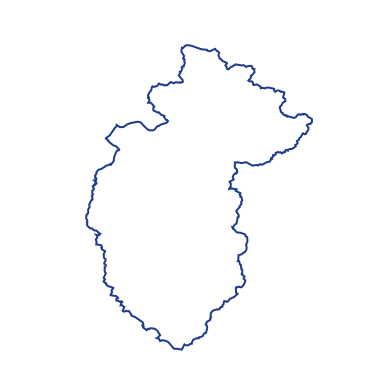 Pyay, Bago, Myanmar, rotated 130°
{"feature_id": "60261553B730883612766", "entity_name": "Pyay", "entity_type": "district", "adm_level": 2, "iso_a3": "MMR", "parent_name": "Myanmar", "parent_adm1": "Bago", "projection": "mercator", "projection_center": [95.274, 18.774], "detail": "fine", "context": "isolated", "style": "outline", "palette": "blue", "viewbox_px": 384, "rotation_deg": 130, "n_neighbors": 0, "source": "geoboundaries", "source_scale": "gbopen_adm2", "svg_char_len": 5988}
<svg xmlns="http://www.w3.org/2000/svg" viewBox="0 0 384 384"><g transform="rotate(130 192 192)"><path d="M189.1,292.8L190.2,292.1L192.6,292.3L201.5,291.4L206.2,292.6L206.5,293.2L206.3,290.3L206.3,289.2L206.9,288.9L206.9,282.5L205.8,279.7L206.2,275.1L207.3,274.9L208.4,276.0L210.6,275.7L216.1,273.7L218.4,271.9L223.2,271.6L223.2,272.8L224.7,272.9L226.5,274.4L232.5,276.2L235.4,278.1L238.5,277.8L239.1,277.1L241.9,276.7L243.3,275.4L242.8,275.1L243.1,274.0L244.4,273.1L245.8,274.2L245.7,273.5L246.5,272.9L246.1,271.4L246.6,271.1L248.1,271.4L247.8,270.8L249.1,270.9L251.4,271.8L252.6,269.1L255.2,269.2L257.3,267.3L257.4,266.3L259.6,266.1L260.1,264.7L261.8,264.0L261.9,263.5L263.3,263.8L267.6,262.7L269.5,260.7L272.2,260.3L274.3,258.4L276.0,257.8L277.1,258.2L279.9,256.5L281.5,253.4L282.7,253.1L283.2,252.1L284.5,251.4L285.2,250.2L285.2,246.4L284.2,245.4L284.4,242.8L283.0,240.1L283.3,237.0L282.9,235.5L284.9,235.5L286.4,237.8L286.5,236.6L287.8,235.3L290.1,235.2L292.0,232.6L293.7,231.7L291.4,227.9L291.2,226.8L292.0,225.9L293.0,225.7L292.9,224.9L293.8,224.1L293.2,220.5L296.6,219.6L299.1,216.9L299.0,215.0L300.1,214.1L302.8,213.6L303.4,213.0L303.2,211.5L304.0,210.5L305.8,210.7L306.6,209.5L307.6,209.2L309.2,207.4L309.6,205.8L314.7,204.4L314.8,202.6L317.4,202.2L317.5,200.7L317.1,200.1L317.6,199.4L317.3,198.7L318.0,198.3L318.1,196.0L316.0,190.7L316.7,190.3L318.9,190.5L320.5,188.6L323.0,188.5L323.4,188.0L320.6,183.4L320.5,181.0L320.7,180.5L322.7,181.2L323.7,180.1L322.7,178.3L322.4,176.0L321.1,175.9L321.0,175.1L321.1,174.7L321.8,175.0L324.6,173.9L323.8,173.3L323.6,169.9L327.5,168.8L327.6,167.6L326.9,166.7L325.4,166.2L324.7,164.5L323.7,163.7L324.9,159.8L325.4,159.5L325.5,158.1L324.4,155.5L323.5,146.1L324.6,144.2L326.1,144.3L326.0,142.7L327.1,142.5L327.2,141.9L327.0,137.9L326.2,138.2L324.6,137.4L324.5,136.5L323.5,136.5L322.6,135.7L320.7,132.6L320.5,129.5L322.1,124.5L325.0,124.5L326.5,125.1L325.7,122.6L326.7,120.6L324.6,119.4L322.9,116.6L322.2,113.5L323.7,105.1L321.8,102.9L319.3,98.5L313.7,99.8L313.7,98.9L312.3,96.7L311.2,96.0L310.0,96.0L308.3,94.6L307.2,95.4L304.5,96.1L301.2,94.6L299.7,92.8L299.1,93.3L295.8,91.2L292.6,91.8L291.7,91.0L290.3,90.8L290.0,91.3L286.9,92.6L285.3,93.9L284.6,96.4L284.0,96.1L282.2,97.2L278.2,95.9L277.1,96.8L275.7,96.8L275.5,97.7L272.7,99.7L270.0,99.9L266.0,97.7L265.3,96.4L263.8,95.6L262.1,96.2L260.4,94.9L259.1,95.9L257.7,95.7L255.1,97.2L253.8,95.8L253.9,94.9L252.7,94.1L249.9,94.3L245.1,92.2L240.7,91.6L240.7,93.6L237.3,96.8L236.4,96.8L236.3,96.2L234.4,95.3L233.6,93.2L232.8,92.8L229.7,92.7L226.9,93.6L225.4,94.4L225.2,96.8L222.9,97.5L223.1,100.2L222.4,100.9L222.7,101.3L221.1,101.9L219.2,103.6L219.4,104.7L216.4,107.7L216.7,108.5L214.8,111.4L215.5,112.4L214.6,112.6L210.4,115.8L207.7,113.8L205.6,113.7L204.3,112.9L201.1,113.2L198.5,115.3L197.9,116.6L194.3,117.7L191.1,120.7L191.5,122.6L190.5,123.4L190.6,124.8L192.1,128.8L193.9,131.2L194.1,132.3L193.6,135.4L193.8,136.9L193.2,138.1L193.0,137.3L192.1,138.1L190.6,138.3L187.3,137.7L181.9,140.8L181.2,140.2L179.6,141.5L178.3,145.6L177.6,146.0L172.7,145.8L172.3,146.4L169.2,146.4L168.1,148.0L166.2,148.0L164.8,149.8L164.2,151.1L164.6,151.9L163.9,152.7L163.6,152.5L163.3,153.9L161.8,154.1L163.0,159.4L161.3,159.6L163.7,163.8L165.9,165.5L165.2,165.8L163.9,165.3L163.7,165.8L163.2,165.7L160.6,167.7L160.0,169.8L155.7,168.1L154.4,170.4L152.3,171.1L149.8,170.9L149.4,169.9L147.3,170.3L147.0,171.4L146.1,171.8L145.7,173.1L146.0,174.3L145.5,175.2L141.7,178.1L141.2,177.1L140.2,176.6L137.9,172.5L134.3,169.6L132.9,162.6L129.5,159.7L129.3,158.5L126.9,157.7L126.0,155.8L121.1,153.9L118.9,152.0L117.3,152.5L115.8,151.9L115.7,152.9L115.0,153.2L114.0,152.5L111.6,152.9L111.8,154.5L111.1,152.5L109.7,152.1L108.4,152.9L108.3,152.5L106.0,152.0L105.7,150.6L104.7,149.9L104.7,148.0L103.1,147.7L102.4,146.8L101.6,147.1L101.2,146.5L99.7,147.2L98.8,146.2L98.7,145.2L98.0,145.7L95.8,144.4L94.7,143.0L90.3,141.9L89.6,143.1L87.4,142.4L86.5,142.7L85.5,144.4L83.3,143.7L82.0,144.4L80.4,144.0L75.7,144.7L75.4,142.9L74.2,142.1L72.3,142.7L69.7,142.8L67.9,144.0L67.1,147.0L64.9,146.3L63.8,145.0L62.8,145.4L61.4,145.0L59.0,147.1L59.8,151.6L59.1,153.6L60.0,156.3L60.9,156.3L61.0,157.3L63.3,158.6L63.2,159.4L64.7,160.7L68.1,160.6L69.8,161.5L72.1,166.9L73.1,167.4L72.5,168.9L73.5,169.4L73.3,170.5L73.9,171.4L73.7,173.1L73.3,173.2L73.5,175.4L71.6,177.8L71.4,178.7L69.5,179.5L68.6,179.1L65.1,179.8L62.4,178.9L60.8,180.4L61.1,183.0L56.4,185.2L57.7,188.4L58.1,188.3L58.4,190.6L59.7,192.2L61.8,192.7L61.2,194.8L60.3,195.2L60.5,196.3L62.9,200.6L64.6,202.4L65.7,202.6L67.1,205.3L68.3,206.1L67.2,207.4L67.9,211.6L70.2,213.3L70.5,214.2L69.1,215.5L68.8,217.2L70.3,219.1L70.4,220.5L67.3,220.2L65.1,221.5L64.8,221.1L60.0,221.1L58.5,222.9L57.7,223.3L58.5,224.5L58.4,225.3L57.4,226.2L57.4,228.0L59.7,230.1L61.3,230.9L61.7,234.1L63.0,235.1L66.2,240.7L67.1,240.6L68.8,241.7L69.7,241.6L71.1,242.6L74.7,242.9L75.1,244.7L73.9,245.9L73.6,247.8L71.0,247.9L70.7,248.5L72.1,252.9L71.5,254.7L72.0,256.4L70.2,259.7L67.8,260.8L67.5,262.3L68.0,264.0L67.5,266.3L72.9,268.9L73.8,270.9L73.5,272.0L76.6,276.5L80.3,286.3L82.2,289.7L84.1,291.2L87.5,291.4L88.0,292.5L89.4,291.7L91.4,290.2L92.9,285.4L95.5,284.7L95.2,282.8L96.5,282.3L97.6,280.6L101.1,279.1L101.7,279.9L103.0,280.1L103.4,278.9L106.6,277.9L107.5,277.9L107.8,278.5L109.1,277.4L111.3,277.0L112.2,271.2L113.6,269.8L115.4,270.7L115.6,271.7L116.4,271.9L118.4,275.1L120.6,276.0L121.4,279.0L126.2,279.6L126.4,280.4L128.0,281.4L128.4,283.4L129.6,284.6L130.1,287.0L133.2,286.9L135.8,288.5L136.4,290.1L137.5,290.1L140.3,288.6L142.9,288.6L146.4,287.8L147.1,286.2L148.0,286.4L148.4,285.6L148.1,284.9L149.3,283.4L151.8,282.9L150.1,280.9L150.8,275.8L152.2,275.9L154.3,274.1L153.2,269.5L152.3,268.8L152.7,265.3L151.5,262.2L152.5,261.8L153.4,257.8L152.8,257.1L153.2,255.9L155.4,256.0L160.5,259.3L162.4,259.7L164.3,260.9L168.6,260.8L170.2,261.8L172.5,265.0L172.5,269.2L171.8,275.2L171.9,276.8L173.0,278.7L178.5,283.2L182.0,285.2L186.4,286.3L188.7,289.1L189.1,292.8Z" fill="none" stroke="#1e3a8a" stroke-width="2"/></g></svg>